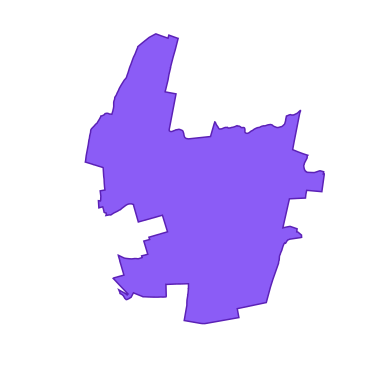 outline of Daneasa, Olt, Romania, rotated 300°
{"feature_id": "2599482B91026732160109", "entity_name": "Daneasa", "entity_type": "district", "adm_level": 2, "iso_a3": "ROU", "parent_name": "Romania", "parent_adm1": "Olt", "projection": "orthographic", "projection_center": [24.592, 44.122], "detail": "fine", "context": "isolated", "style": "filled", "palette": "violet", "viewbox_px": 384, "rotation_deg": 300, "n_neighbors": 0, "source": "geoboundaries", "source_scale": "gbopen_adm2", "svg_char_len": 5943}
<svg xmlns="http://www.w3.org/2000/svg" viewBox="0 0 384 384"><g transform="rotate(300 192 192)"><path d="M281.7,273.9L280.7,269.2L279.8,263.9L279.0,258.0L286.3,255.4L313.8,246.0L315.0,245.7L316.3,245.5L316.7,245.3L316.8,245.2L316.7,245.0L316.4,244.9L314.9,244.4L313.1,243.9L312.6,243.6L310.1,241.9L309.1,241.0L308.9,240.4L308.4,239.6L308.3,238.8L308.2,238.5L307.3,237.6L306.7,237.1L305.6,236.4L305.1,235.8L304.8,235.8L304.5,236.0L302.8,236.5L301.1,237.1L300.6,237.4L299.8,237.6L297.3,238.2L296.7,238.1L294.9,237.6L293.7,237.1L293.4,236.9L292.9,236.3L291.1,234.6L290.7,234.0L290.4,233.5L290.2,232.9L290.1,231.9L290.0,231.4L289.9,231.0L289.8,229.4L290.1,228.2L290.1,227.7L290.0,227.3L289.8,226.4L289.4,225.8L288.2,224.3L287.5,223.6L286.7,223.0L286.1,222.4L285.5,221.7L285.1,220.9L284.1,219.8L283.5,219.3L282.7,218.7L282.1,218.4L281.7,218.1L281.5,217.9L280.9,217.0L279.7,215.9L277.6,214.5L275.5,213.6L274.7,213.0L273.8,212.5L271.9,211.8L271.4,211.4L270.7,210.9L270.3,210.3L270.1,209.8L270.0,209.3L270.0,208.5L270.2,208.2L270.6,207.7L271.1,207.4L272.3,206.8L272.9,206.3L273.4,205.9L273.7,205.4L273.8,205.1L273.7,204.7L273.5,204.1L273.0,203.5L272.7,203.0L272.5,202.5L272.5,202.2L272.6,201.9L272.7,200.9L272.6,199.6L272.3,199.2L272.0,199.0L272.0,198.8L272.0,197.9L271.8,197.7L270.0,196.4L268.8,195.3L268.5,195.0L267.8,194.1L267.5,193.8L266.5,192.9L265.9,192.0L265.5,191.4L265.5,191.2L265.7,190.6L265.7,190.3L265.3,189.9L264.9,189.0L263.9,187.9L261.5,186.1L261.0,185.4L260.3,184.3L260.3,184.0L260.3,183.8L260.4,183.5L261.0,182.4L261.3,182.0L262.2,180.0L262.6,179.3L263.1,178.6L263.3,178.2L264.0,177.5L264.1,177.2L263.9,176.8L263.9,176.7L263.0,177.0L262.1,177.1L249.3,180.3L236.4,162.6L236.2,162.3L236.0,161.6L235.6,160.7L235.5,160.1L235.5,159.2L235.7,158.4L235.9,158.1L237.2,156.6L237.8,156.2L238.8,155.3L240.1,153.8L240.4,153.1L240.4,152.7L240.3,151.9L240.3,151.4L240.1,150.9L240.0,150.4L240.1,150.1L239.5,149.0L239.3,148.7L238.7,148.2L238.2,147.5L237.6,146.8L237.3,146.6L236.6,146.2L236.1,145.7L235.7,145.4L234.8,144.7L234.4,144.4L234.1,144.0L233.8,143.5L233.6,143.0L233.6,142.4L233.7,141.9L233.7,141.7L234.5,141.1L269.0,129.1L265.3,118.7L265.8,118.4L267.2,118.1L277.1,115.2L282.2,113.3L289.0,111.3L289.0,111.1L299.4,108.2L306.7,106.4L315.6,103.9L318.1,103.2L318.0,102.9L316.3,93.5L313.2,94.3L311.8,87.0L310.9,81.7L310.6,81.4L305.1,78.0L304.4,77.6L301.9,76.6L301.1,76.3L299.4,75.6L298.3,75.2L295.2,74.0L290.9,72.4L290.6,72.4L289.6,72.8L288.2,72.9L283.0,73.7L281.6,73.8L279.7,73.9L277.2,74.3L271.8,75.3L270.1,75.5L268.3,75.8L263.6,76.9L260.3,77.5L258.6,77.9L258.0,77.9L257.4,77.9L255.1,77.4L249.6,77.2L246.9,77.2L246.1,77.2L244.7,77.3L243.4,77.5L240.1,77.7L237.8,78.0L235.5,77.8L235.2,77.9L234.1,78.4L233.2,78.7L231.8,78.9L230.4,79.4L228.0,80.8L227.0,81.4L225.0,82.2L224.1,82.4L223.1,82.8L221.0,83.3L219.2,83.7L218.9,82.8L218.3,81.8L218.2,80.7L218.1,80.0L217.8,79.2L217.6,78.8L217.0,78.3L216.7,77.7L216.4,77.5L215.2,77.4L214.7,77.1L214.1,76.8L213.2,76.1L212.3,75.3L212.2,75.1L211.6,75.3L209.0,75.4L204.7,75.3L204.1,75.3L203.7,75.2L202.9,74.8L202.1,74.6L201.6,74.5L200.8,74.4L196.8,73.4L195.8,73.3L195.4,73.3L194.2,73.7L193.0,74.3L190.6,75.0L189.8,75.2L186.9,76.4L185.6,76.7L182.6,77.9L181.4,78.4L173.7,81.1L170.6,82.2L165.4,84.4L164.6,84.6L164.8,85.5L166.3,92.0L166.4,92.9L166.9,94.7L167.7,98.4L168.3,100.8L168.4,101.2L168.4,101.5L168.6,102.1L168.7,102.7L168.5,103.0L161.7,107.5L159.2,109.4L155.9,111.5L152.7,113.7L150.2,115.6L147.1,111.9L142.7,115.2L139.0,117.1L138.5,117.2L137.7,115.3L132.1,119.0L131.7,119.3L133.4,120.9L134.5,122.1L132.8,123.9L131.2,125.4L130.5,126.0L130.5,127.0L130.9,128.0L130.6,128.2L130.1,128.9L128.6,129.2L129.1,129.8L130.0,130.8L131.0,132.1L131.2,132.4L131.3,132.8L131.5,133.1L131.7,133.3L133.4,134.1L134.9,134.9L138.3,137.2L140.2,138.2L140.8,138.8L142.7,139.4L147.4,141.4L148.5,142.0L149.3,142.6L150.2,143.4L150.8,144.4L151.5,145.6L151.9,147.6L150.9,148.4L139.2,160.5L157.1,178.0L145.3,190.7L131.3,177.3L129.7,179.1L125.4,174.8L116.0,184.8L113.8,182.7L111.5,180.3L110.3,181.6L107.9,179.4L107.3,178.8L106.9,178.0L106.4,176.8L105.8,175.8L105.3,175.0L105.0,174.7L104.4,173.9L103.9,173.2L102.9,171.2L101.8,168.7L101.0,166.7L100.8,164.9L100.7,163.8L100.4,159.8L100.0,160.1L96.4,163.9L96.2,163.9L86.0,174.6L78.6,167.3L77.8,166.9L74.6,177.6L71.7,187.6L70.4,187.3L70.7,186.1L70.8,184.2L70.7,180.3L70.7,177.5L68.8,180.0L68.1,180.4L68.2,182.4L67.9,184.2L66.6,186.6L66.3,187.0L66.2,187.7L65.9,188.8L66.0,189.0L66.3,189.4L68.0,190.6L70.4,191.9L75.4,191.7L75.7,194.1L76.7,201.0L76.7,201.7L77.0,202.4L77.7,203.6L79.5,207.1L81.5,210.8L83.7,214.7L85.5,217.5L86.5,219.4L87.8,221.4L88.2,221.9L88.8,221.8L89.2,221.6L99.0,215.6L99.2,216.1L104.1,223.8L105.9,226.8L106.4,227.7L110.8,234.8L106.5,237.3L106.4,237.1L105.7,237.6L103.8,238.5L101.8,239.4L100.7,239.7L100.4,240.0L95.9,241.7L93.4,243.0L92.2,243.7L91.3,244.2L76.8,249.5L79.9,258.0L82.7,265.6L83.2,266.7L84.3,268.7L85.0,269.6L106.7,295.4L113.6,289.5L133.4,311.6L149.2,307.4L156.9,305.7L173.5,302.6L175.2,301.8L176.5,301.6L178.0,300.9L179.8,300.0L180.6,299.7L182.5,299.5L183.4,299.2L184.5,299.1L186.4,298.9L190.1,298.0L191.5,297.8L193.1,297.6L193.6,297.7L194.2,297.8L194.1,298.2L194.2,298.5L194.4,298.6L194.6,298.7L194.9,298.6L195.6,298.7L197.0,298.7L198.0,298.9L198.5,299.0L198.7,299.3L199.9,300.1L207.1,309.2L207.6,309.6L208.0,309.3L209.5,308.3L209.5,308.0L210.2,304.2L210.2,303.4L210.1,302.9L209.9,302.6L212.7,301.4L211.3,294.2L211.1,293.9L209.4,291.9L206.4,288.6L231.5,280.8L234.8,279.8L239.1,286.4L243.5,293.3L246.9,291.8L250.4,290.6L250.8,290.5L257.2,304.3L273.2,297.8L273.9,297.3L273.3,296.7L275.4,295.9L274.7,293.2L274.5,292.5L274.1,291.9L273.8,291.6L270.7,288.9L269.9,288.1L267.0,282.6L266.7,282.1L266.6,281.3L266.6,280.9L266.8,280.9L266.9,279.4L267.0,279.3L267.2,279.2L267.4,278.7L267.7,278.2L269.0,276.9L269.7,276.3L270.8,275.5L271.8,275.4L273.0,275.0L273.8,274.9L278.9,274.7L279.2,274.6L280.9,273.7L281.7,273.9Z" fill="#8b5cf6" stroke="#5b21b6" stroke-width="1.5"/></g></svg>